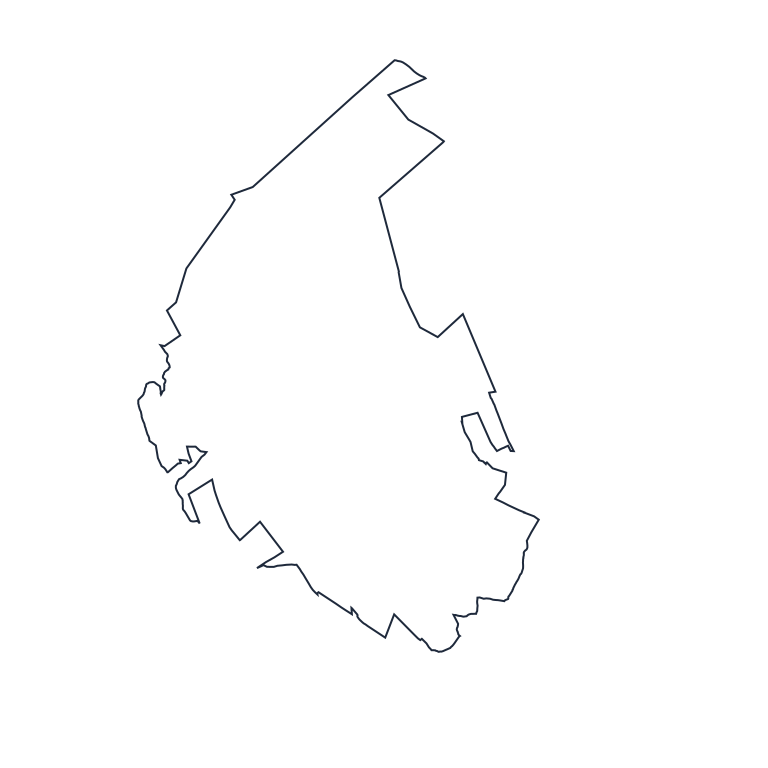 the district of Acacoyagua, Chiapas, Mexico, rotated 318°
{"feature_id": "50627088B49299512853097", "entity_name": "Acacoyagua", "entity_type": "district", "adm_level": 2, "iso_a3": "MEX", "parent_name": "Mexico", "parent_adm1": "Chiapas", "projection": "equal_earth", "projection_center": [-92.715, 15.405], "detail": "fine", "context": "isolated", "style": "outline", "palette": "slate", "viewbox_px": 768, "rotation_deg": 318, "n_neighbors": 0, "source": "geoboundaries", "source_scale": "gbopen_adm2", "svg_char_len": 6154}
<svg xmlns="http://www.w3.org/2000/svg" viewBox="0 0 768 768"><g transform="rotate(318 384 384)"><path d="M271.8,622.0L271.6,620.6L271.8,619.6L272.3,618.9L272.6,618.0L273.1,617.2L273.2,616.3L273.9,615.0L275.1,614.1L275.6,614.0L276.4,613.6L276.8,613.2L277.5,612.8L278.6,611.8L281.2,602.1L281.9,603.0L282.5,603.4L283.2,604.4L283.7,605.4L284.3,606.1L284.6,606.6L285.8,607.8L287.2,609.9L287.8,610.4L288.9,611.1L289.9,611.8L291.0,611.9L291.3,611.8L292.6,612.0L294.2,612.7L294.9,613.1L295.5,613.6L296.5,614.5L298.7,616.4L299.9,615.6L301.3,615.1L303.4,613.0L305.2,611.4L306.7,609.1L307.9,607.7L309.0,606.8L310.5,605.3L312.3,606.7L314.4,610.3L316.6,611.8L319.1,614.5L320.7,617.3L322.6,619.4L324.0,620.8L325.5,622.6L328.1,625.9L328.7,625.7L329.5,625.8L330.8,626.2L331.7,626.6L332.3,626.8L332.8,626.6L333.8,625.5L334.5,625.2L335.2,625.2L341.2,623.5L341.7,623.0L342.6,622.8L343.7,622.1L346.0,621.2L346.9,620.8L348.9,620.2L350.2,619.7L351.2,619.5L352.0,619.2L352.9,619.0L353.7,618.6L354.5,618.3L355.8,617.6L357.9,616.7L358.7,616.8L359.4,616.6L360.1,616.3L362.3,615.0L363.9,614.1L365.0,613.0L366.0,611.9L367.2,610.4L367.9,609.5L368.5,609.0L370.2,607.2L370.8,606.9L371.1,606.4L371.8,606.0L372.1,605.6L373.0,605.1L373.4,604.7L373.9,604.2L374.3,603.9L374.7,603.1L375.7,602.5L377.5,602.2L378.9,602.4L380.0,602.1L381.1,601.5L382.5,600.0L384.1,597.8L385.2,596.1L394.2,592.8L408.2,588.4L407.0,582.8L402.9,574.8L402.1,573.4L402.4,573.3L399.9,568.2L395.3,557.4L393.2,551.8L389.8,543.7L396.0,542.1L398.2,541.8L406.4,539.9L415.5,531.7L414.8,530.5L414.1,529.2L412.0,525.7L408.3,519.3L408.0,511.1L407.3,511.0L406.1,511.6L406.0,509.3L405.9,509.3L405.9,507.9L403.6,504.1L404.4,502.7L404.3,501.2L404.8,496.6L404.9,493.4L409.5,485.0L410.1,482.3L411.6,474.6L411.8,473.7L416.0,465.0L416.1,465.4L419.9,460.6L434.3,468.0L424.4,498.3L423.8,501.8L423.7,504.0L423.4,506.0L423.1,509.4L428.1,510.7L430.8,511.7L432.1,512.0L434.9,512.9L433.3,518.5L435.5,520.7L437.4,513.7L438.2,509.9L440.2,504.4L441.0,502.3L442.6,497.6L443.2,496.1L444.8,492.2L448.8,481.8L449.8,479.0L452.2,473.1L452.4,471.8L452.5,471.7L454.0,467.1L454.0,465.8L456.3,460.8L461.7,464.3L489.4,384.8L455.3,385.1L448.6,365.9L454.9,343.8L461.2,324.3L469.7,310.7L470.3,310.4L505.1,242.5L590.0,243.9L590.9,243.7L588.0,230.6L579.0,203.8L580.6,172.2L619.4,184.7L619.4,183.9L618.8,182.1L617.8,180.2L617.0,178.2L616.1,175.0L615.5,171.9L615.0,165.2L614.2,161.1L613.3,157.8L612.5,156.0L611.7,154.8L610.4,153.2L609.5,151.6L608.5,150.5L551.7,149.7L418.3,149.8L397.2,141.2L396.3,147.2L387.9,149.8L314.5,165.9L284.1,184.2L271.9,184.1L265.2,211.5L246.3,209.0L243.9,205.7L243.2,211.8L242.8,213.5L242.9,214.5L242.9,215.8L243.0,216.6L242.7,217.4L242.5,217.9L242.0,218.7L241.5,218.9L241.3,219.1L240.9,219.3L240.2,219.6L238.7,220.9L238.1,221.6L237.8,222.2L237.6,224.8L237.4,225.4L237.1,226.4L236.7,227.1L236.3,227.7L235.8,228.3L234.4,228.2L233.4,228.9L232.3,228.6L229.4,228.3L228.9,228.5L227.9,228.7L227.4,229.1L227.1,229.4L225.7,229.8L225.4,230.0L224.9,230.3L224.4,230.8L224.1,231.2L223.9,231.8L224.2,233.8L224.1,234.4L224.1,234.9L223.7,235.4L223.4,235.7L222.2,236.5L221.8,236.5L220.8,236.8L220.4,237.2L219.9,237.7L219.7,238.3L218.8,239.0L216.7,241.4L216.3,241.5L214.7,241.4L214.1,241.5L211.9,242.5L211.2,242.7L211.8,241.4L212.5,240.9L213.1,240.2L213.5,239.6L214.1,238.5L215.5,236.5L215.9,235.8L215.8,235.1L215.6,234.5L214.9,231.3L214.6,229.2L214.1,228.5L213.3,227.7L210.9,226.0L210.4,225.8L208.8,225.6L208.2,225.3L207.4,225.2L206.9,225.4L206.4,225.7L205.6,226.5L205.0,226.8L204.4,227.0L203.2,227.6L200.9,229.5L199.9,229.8L199.3,230.2L198.5,230.7L197.8,230.9L196.7,231.1L195.4,231.2L194.6,231.2L191.2,231.4L190.6,231.7L190.0,232.1L189.7,232.6L189.1,233.3L188.5,233.8L188.0,234.6L187.6,235.5L187.2,236.1L186.9,236.5L186.6,237.3L186.1,238.2L185.3,240.1L185.0,241.2L184.7,242.1L184.2,242.9L182.7,245.4L182.0,246.1L181.5,247.2L181.0,248.3L180.2,250.3L179.6,252.4L179.1,253.6L178.6,254.4L177.7,256.1L177.4,257.1L176.8,258.2L174.5,263.2L174.1,265.0L173.5,266.5L173.2,267.0L172.8,267.8L172.2,268.4L171.8,269.2L171.7,269.4L173.3,277.0L166.4,287.8L163.8,296.2L164.5,299.0L164.5,299.8L164.5,301.2L164.3,302.2L164.2,303.0L163.9,304.6L164.4,305.0L170.6,305.0L174.9,305.2L177.5,305.2L180.0,306.8L181.4,303.6L186.5,309.4L186.0,312.2L189.2,312.6L192.2,305.0L195.7,298.7L200.9,303.5L201.6,304.0L202.1,304.6L202.5,310.1L202.6,310.7L202.8,311.5L206.5,315.8L203.3,316.4L199.6,316.1L196.8,316.7L194.1,317.3L189.0,318.4L186.8,318.4L183.5,318.0L180.8,317.9L177.8,318.2L175.4,318.7L172.6,318.7L169.8,318.2L168.0,317.6L164.9,318.5L162.8,319.8L161.2,320.4L160.1,321.6L159.5,322.5L158.9,323.9L157.7,328.3L157.6,329.0L157.5,329.6L157.4,332.6L157.3,333.8L157.2,334.6L157.0,335.0L156.6,335.5L156.4,336.0L155.5,336.9L155.3,337.3L154.8,337.7L153.9,338.8L153.2,339.8L151.3,341.8L150.9,342.4L150.7,342.9L150.6,343.5L150.6,345.3L150.3,347.3L148.6,355.5L148.7,356.3L148.8,356.7L149.7,357.9L150.1,358.4L150.9,359.0L151.2,359.3L151.8,359.6L152.6,360.2L153.3,360.5L153.8,361.5L153.8,362.2L153.7,364.3L165.0,335.2L192.3,340.0L186.8,349.8L184.9,354.0L181.7,361.6L180.0,366.3L177.0,375.6L173.4,387.1L172.9,391.0L172.8,393.8L172.3,403.6L172.8,403.7L199.7,403.4L196.7,441.1L186.6,439.5L177.3,437.4L166.4,435.8L171.0,437.3L173.2,437.9L174.7,441.5L176.6,443.3L179.8,446.2L183.2,447.8L186.8,450.5L190.4,453.0L194.6,456.4L196.7,458.8L198.1,459.8L197.6,465.2L197.0,468.1L196.6,471.6L195.7,476.0L194.5,482.2L193.7,485.9L193.3,489.4L193.4,492.7L193.7,495.9L194.4,494.8L196.0,494.9L201.3,515.2L202.8,521.5L204.1,526.4L206.1,533.6L210.0,528.6L210.1,529.4L209.9,537.3L209.9,537.5L209.5,538.3L209.0,538.5L208.7,538.9L208.5,539.5L208.4,540.1L208.2,542.0L208.2,543.1L208.5,546.8L208.6,547.3L208.7,548.2L209.4,550.4L209.9,552.9L215.2,573.3L237.4,562.0L238.7,590.5L239.0,595.8L239.6,598.6L241.6,598.7L242.0,605.2L241.2,609.8L241.3,612.2L241.2,613.6L243.0,615.3L243.9,616.3L244.1,617.1L244.5,617.6L244.8,618.0L245.3,619.5L245.6,619.8L246.6,620.3L247.6,621.3L249.1,622.0L252.2,623.0L252.4,623.1L252.5,623.1L253.0,623.3L256.7,624.5L257.6,624.3L258.2,624.3L258.8,624.3L259.2,624.4L259.7,624.3L260.8,624.2L262.9,623.8L270.1,622.1L271.4,621.9L271.8,622.0Z" fill="none" stroke="#1e293b" stroke-width="2"/></g></svg>